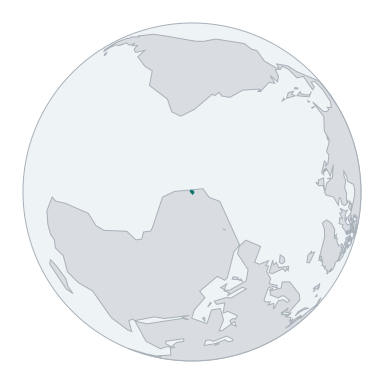 the Earth from above Bafatá, rotated 121°
{"feature_id": "GNB-776", "entity_name": "Bafatá", "entity_type": "Region", "adm_level": 1, "iso_a3": "GNB", "parent_name": "Guinea-Bissau", "parent_adm1": "", "projection": "orthographic", "projection_center": [-14.664, 12.138], "detail": "fine", "context": "on_globe", "style": "filled", "palette": "teal", "viewbox_px": 384, "rotation_deg": 121, "n_neighbors": 0, "source": "natural_earth", "source_scale": "10m", "svg_char_len": 9062}
<svg xmlns="http://www.w3.org/2000/svg" viewBox="0 0 384 384"><g transform="rotate(121 192 192)"><circle cx="192" cy="192" r="169" fill="#eef3f6" stroke="#a8b0b8"/><path d="M39.4,119.5L37.2,124.3L37.8,123.0L39.4,119.5ZM143.6,30.1L140.3,31.1L140.2,31.6L127.2,38.5L130.6,37.4L127.8,40.0L130.8,39.8L127.5,41.7L132.6,40.0L135.0,38.4L138.1,37.3L140.0,37.2L136.2,39.3L134.7,39.7L134.6,40.3L131.9,41.5L134.3,40.9L129.5,43.8L137.1,40.9L135.6,43.3L131.6,45.3L128.4,45.0L111.2,50.8L106.2,53.7L102.3,57.5L102.7,64.2L98.7,67.7L95.9,72.6L99.7,70.3L103.3,65.9L109.8,63.4L113.4,58.8L116.6,57.4L121.8,53.1L124.9,54.0L125.1,57.3L121.0,61.1L120.9,62.9L128.0,59.8L123.4,67.9L125.6,75.6L124.0,78.0L115.1,81.0L107.1,79.1L95.7,85.0L107.0,81.7L102.7,88.6L103.7,90.1L106.2,90.3L109.3,88.1L108.7,90.8L97.2,94.5L97.6,92.1L101.3,90.7L97.5,90.2L89.7,93.7L88.2,97.4L78.1,100.3L76.9,103.1L74.0,105.7L76.6,100.8L71.7,109.9L59.6,117.8L52.7,134.9L55.3,120.6L53.6,118.0L50.9,117.0L49.7,119.7L47.9,115.9L43.2,120.0L36.9,132.8L33.9,143.8L36.4,146.3L39.2,141.0L42.2,141.3L35.6,156.0L40.1,160.9L37.1,172.6L37.8,179.6L41.1,179.3L44.3,183.6L48.1,177.6L53.5,175.3L52.0,185.0L56.2,177.0L58.4,182.5L70.2,185.0L68.9,187.0L78.5,200.9L91.4,208.3L94.4,216.0L92.6,220.1L97.6,222.1L97.7,225.0L119.8,232.4L132.9,240.8L133.7,250.7L125.0,260.9L122.6,283.3L108.6,288.5L108.6,297.0L104.0,308.1L95.0,305.4L101.4,312.3L99.5,315.1L94.7,314.2L97.2,318.3L93.8,317.6L98.4,321.0L98.0,325.0L104.0,329.8L105.0,333.0L109.1,335.7L107.6,335.2L107.3,335.7L109.0,337.0L102.2,333.4L94.5,327.4L92.6,325.0L90.6,323.9L86.1,317.2L85.7,318.2L76.7,306.4L72.7,297.0L61.0,266.8L57.1,259.9L48.6,250.3L37.8,223.7L38.9,214.6L37.4,209.3L42.5,197.3L42.4,183.8L40.9,181.2L38.6,185.4L34.6,174.9L34.9,164.2L31.6,140.8L33.2,135.2L36.3,127.3L44.6,109.4L50.7,99.3L57.5,89.7L65.0,80.5L73.1,71.9L81.8,63.9L91.1,56.5L100.8,49.8L110.9,43.8L121.5,38.4L132.4,33.9L143.6,30.1ZM50.1,140.5L55.4,151.6L50.3,151.0L51.6,149.8L50.7,145.6L48.3,141.2L44.4,141.5L50.1,140.5ZM57.2,132.4L56.1,131.3L57.5,131.7L57.2,132.4ZM119.7,53.0L120.7,53.1L119.2,53.8L119.7,53.0ZM121.0,51.2L118.6,52.0L118.9,51.3L120.4,50.8L121.0,51.2ZM124.0,50.4L119.7,50.0L120.2,48.9L126.3,46.1L124.0,50.4ZM135.0,38.0L132.5,39.7L132.8,38.4L135.0,38.0ZM134.4,37.5L130.9,36.3L135.5,34.1L135.7,34.8L140.3,32.4L144.3,31.9L142.7,33.1L138.9,34.5L143.3,33.3L134.4,37.5ZM139.3,36.8L138.2,36.5L142.2,34.6L145.1,34.7L142.9,35.2L139.3,36.8ZM139.6,32.2L143.0,31.0L147.2,30.2L149.1,29.7L144.8,31.7L139.6,32.2ZM143.0,35.6L146.5,34.8L146.4,35.7L140.7,36.9L143.0,35.6ZM141.9,34.1L143.9,33.3L143.8,33.7L141.9,34.1ZM148.1,39.2L146.7,38.6L148.6,37.5L148.1,39.2ZM147.9,34.5L147.9,34.2L148.5,33.8L150.7,33.5L147.9,34.5ZM148.0,31.2L149.1,31.2L150.0,30.2L153.2,29.8L149.7,31.4L152.6,30.6L153.5,30.5L149.6,31.9L148.0,31.2ZM154.8,32.0L151.5,34.4L153.8,35.4L152.1,36.4L148.8,34.5L154.8,32.0ZM152.1,31.8L153.4,32.1L150.7,33.0L148.1,33.3L152.1,31.8ZM156.6,29.1L152.6,29.3L153.5,29.0L156.6,29.1ZM156.0,32.1L156.8,31.6L156.5,32.1L156.0,32.1ZM157.0,29.8L155.5,29.8L156.5,29.4L157.0,29.8ZM159.6,30.6L158.5,31.3L156.7,31.5L159.6,30.6ZM158.8,30.1L160.6,29.6L156.7,31.1L158.0,30.1L158.8,30.1ZM158.2,29.4L158.4,29.2L158.7,29.5L158.2,29.4ZM166.9,29.9L162.4,31.8L158.5,32.0L163.4,30.1L166.9,29.9ZM115.3,340.3L103.6,334.4L109.4,337.3L109.1,336.0L116.8,339.9L115.3,340.3ZM116.2,337.0L118.4,336.6L120.2,337.5L119.1,338.0L116.2,337.0ZM359.0,166.0L354.3,147.6L349.2,133.4L349.3,135.9L342.7,126.1L336.8,130.1L334.3,126.9L333.5,129.5L328.7,127.5L324.2,122.1L322.0,123.6L333.5,137.7L335.6,136.3L335.1,128.9L338.1,134.5L342.6,138.1L343.6,154.7L332.0,174.2L328.2,162.7L305.0,134.7L304.2,131.1L304.0,130.7L303.5,130.0L304.2,136.2L299.3,130.8L314.7,150.6L318.4,159.9L331.9,175.0L331.3,177.2L334.8,179.9L342.7,171.8L343.4,175.9L341.3,196.3L328.0,226.3L328.2,242.8L324.6,257.5L312.8,269.6L310.3,280.3L303.8,285.4L301.0,291.6L293.8,299.0L282.9,306.7L268.3,309.3L270.1,304.1L266.9,294.7L263.7,269.9L270.3,257.0L270.2,247.6L259.3,227.8L261.9,215.4L258.2,210.8L251.2,212.9L246.7,207.3L242.1,207.7L211.6,214.6L200.7,207.5L183.6,184.3L187.8,174.4L185.7,163.4L212.8,124.0L221.9,125.2L247.0,117.6L250.7,118.4L251.4,126.9L273.1,134.3L275.9,126.5L292.0,129.3L300.4,127.2L297.1,111.4L283.2,114.5L277.3,107.8L285.5,99.0L297.1,97.3L295.2,94.7L284.9,90.3L284.5,84.9L281.0,88.5L284.7,90.7L282.5,93.3L279.0,91.5L279.0,89.5L274.7,89.2L275.8,99.6L279.7,103.0L270.1,106.8L275.6,113.0L274.1,116.7L264.2,107.7L262.9,104.0L247.0,95.6L247.6,99.7L262.6,108.2L259.3,107.9L260.1,114.4L256.8,109.2L240.3,99.8L229.7,103.9L221.4,121.2L214.1,123.4L205.6,121.2L203.3,105.2L219.9,102.1L219.3,97.1L211.5,91.0L217.2,90.9L216.0,88.3L221.9,87.1L225.7,80.0L230.9,78.6L228.2,71.0L230.5,69.5L231.4,74.3L234.9,77.2L247.4,74.7L248.6,72.8L245.8,68.3L249.6,68.5L245.3,64.5L250.4,61.7L240.6,62.0L237.0,57.5L237.8,53.6L234.8,52.4L233.6,58.9L234.7,61.5L238.5,63.6L239.9,72.0L236.5,74.0L228.3,66.1L222.6,68.4L218.7,61.9L224.5,47.1L229.0,44.0L245.5,47.1L246.9,49.8L241.7,49.8L250.4,53.4L247.8,51.3L251.0,51.8L248.4,48.3L250.5,48.5L244.4,45.1L246.7,45.0L250.5,47.1L248.7,42.7L252.3,42.0L250.8,41.0L248.3,40.1L254.6,40.3L253.3,39.6L250.7,39.1L246.3,37.5L241.1,35.0L243.5,35.2L245.8,36.1L254.2,38.8L259.7,41.7L260.2,41.6L255.9,39.2L245.7,35.8L241.9,34.3L246.6,35.5L244.6,34.9L243.4,34.2L244.6,33.9L239.4,32.6L223.5,26.9L224.2,26.4L230.2,27.6L223.6,26.0L235.5,28.7L247.2,32.3L258.5,36.7L269.6,41.9L280.2,47.9L290.4,54.6L300.0,62.1L309.1,70.2L317.6,79.0L325.5,88.4L332.6,98.3L339.0,108.7L344.6,119.5L349.5,130.7L353.5,142.2L356.6,154.0L359.0,166.0ZM207.4,143.3L207.6,146.6L207.4,143.3ZM312.2,103.7L317.3,102.5L310.1,94.1L311.5,93.2L308.5,90.9L309.5,93.6L301.6,87.4L302.0,84.2L298.9,80.7L297.1,81.0L297.6,88.1L308.9,96.7L309.8,100.8L312.2,103.7ZM70.6,185.0L71.8,187.2L69.8,186.8L70.6,185.0ZM48.5,154.7L50.1,155.6L50.6,157.4L49.2,157.4L48.5,154.7ZM65.0,160.1L67.4,161.6L64.4,161.7L65.0,160.1ZM56.5,153.2L63.0,159.2L57.3,160.6L53.4,157.0L56.7,157.1L56.5,153.2ZM54.2,137.6L55.0,138.7L54.0,140.3L54.2,137.6ZM58.2,132.8L57.7,132.8L57.8,131.2L58.2,132.8ZM103.4,88.3L104.3,88.1L106.4,88.9L104.4,89.7L103.4,88.3ZM121.4,86.5L120.0,91.0L119.6,88.1L116.6,89.8L112.2,86.4L122.9,79.1L118.9,82.8L121.4,86.5ZM109.3,80.4L110.9,83.0L108.8,80.5L109.3,80.4ZM203.9,76.6L207.3,77.8L207.2,80.9L200.5,84.0L200.6,79.4L203.9,76.6ZM212.2,78.8L205.9,70.9L209.8,69.1L208.7,71.3L211.9,70.9L210.9,74.6L220.8,81.2L221.3,84.5L208.7,87.7L212.6,84.6L209.0,83.4L212.2,78.8ZM183.0,58.3L180.3,56.0L192.2,54.8L193.3,57.1L186.8,60.0L181.6,59.0L183.0,58.3ZM135.6,46.2L133.8,46.3L134.8,45.5L137.2,44.9L135.6,46.2ZM147.3,39.0L144.5,45.3L142.3,45.6L143.3,49.6L137.9,52.1L137.4,49.3L134.0,54.5L131.4,53.1L129.8,56.7L129.3,50.2L126.9,49.5L131.7,49.3L136.7,46.9L138.1,45.7L140.3,41.8L137.5,39.7L142.1,37.4L146.0,36.4L147.4,36.6L144.0,37.9L148.3,37.2L144.4,39.3L147.3,39.0ZM189.7,32.6L185.2,33.0L193.1,34.1L189.3,35.3L190.5,35.3L189.1,36.9L189.5,39.0L187.2,39.5L188.3,40.2L187.5,41.4L188.2,42.6L184.5,43.9L185.1,45.5L183.0,45.2L185.1,47.8L181.8,46.5L180.4,48.3L184.3,48.6L162.2,55.1L155.4,59.6L151.5,64.3L146.5,62.1L146.9,56.6L150.5,50.4L157.7,46.7L154.1,46.6L156.5,45.0L158.4,45.7L157.0,43.6L159.5,42.5L162.7,38.5L159.1,36.7L160.2,35.4L162.9,35.6L162.1,34.2L167.8,33.7L168.7,32.9L175.3,31.9L179.8,33.0L180.5,32.0L185.5,31.5L189.7,32.6ZM168.8,29.6L175.1,30.2L176.1,31.3L164.3,32.7L162.7,33.6L155.2,35.1L153.9,33.6L156.1,33.2L158.0,32.6L157.7,33.3L159.4,32.3L162.6,31.9L164.8,31.0L166.2,31.4L168.8,29.6ZM252.8,114.9L255.3,114.8L258.7,113.9L259.3,118.2L252.8,114.9ZM241.5,108.5L243.4,107.6L246.0,112.7L243.4,113.0L241.5,108.5ZM242.4,103.0L243.4,107.2L241.3,105.1L242.4,103.0ZM233.0,73.4L234.8,72.5L235.9,73.5L235.8,75.3L233.0,73.4ZM212.3,38.1L209.6,37.6L209.6,37.2L204.9,35.3L207.3,34.5L211.1,35.4L212.3,38.1ZM296.0,114.5L294.8,118.0L293.0,116.9L293.7,115.9L296.0,114.5ZM277.2,118.2L282.5,119.3L277.3,119.4L277.2,118.2ZM214.2,36.9L212.0,36.2L214.6,36.3L214.2,36.9ZM208.9,33.9L211.5,33.9L207.1,34.2L208.9,33.9ZM339.9,249.8L327.0,276.9L322.9,278.5L324.7,271.5L331.2,255.6L336.9,249.6L340.3,241.8L339.9,249.8ZM231.9,32.6L235.7,35.8L240.1,38.2L245.1,39.7L239.7,39.3L233.0,35.5L231.9,32.6ZM224.3,27.4L219.9,26.7L220.6,26.5L221.7,26.7L224.3,27.4ZM222.5,27.3L219.3,27.5L216.1,26.8L219.2,26.8L222.5,27.3ZM217.0,31.3L217.9,32.2L215.8,32.0L217.0,31.3Z" fill="#d9dde1" stroke="#a8b0b8" stroke-width="1"/><path d="M191.4,190.4L191.6,190.4L192.7,190.4L192.9,190.4L192.9,190.5L192.7,190.5L192.7,190.8L192.8,190.8L192.7,190.9L192.4,190.9L192.4,191.0L192.5,191.0L192.5,190.9L192.5,191.0L192.4,191.1L192.5,191.2L192.4,191.2L192.3,191.3L192.5,191.4L192.5,191.5L192.6,191.8L192.6,192.0L192.4,192.1L192.5,192.2L192.5,192.3L192.5,192.5L192.5,192.8L192.5,193.0L192.5,193.3L192.5,193.5L192.4,193.5L192.2,193.5L191.9,193.5L191.7,193.6L191.6,193.4L191.4,193.3L191.5,193.2L191.4,193.1L191.2,193.1L190.9,192.9L190.9,192.7L191.0,192.6L191.1,192.4L191.0,192.2L190.9,192.2L190.8,191.9L191.0,191.8L191.3,191.8L191.3,191.7L191.2,191.5L191.2,191.4L191.1,191.1L191.3,191.1L191.5,191.0L191.4,190.9L191.3,190.7L191.4,190.4Z" fill="#14b8a6" stroke="#0f766e" stroke-width="1.5"/></g></svg>